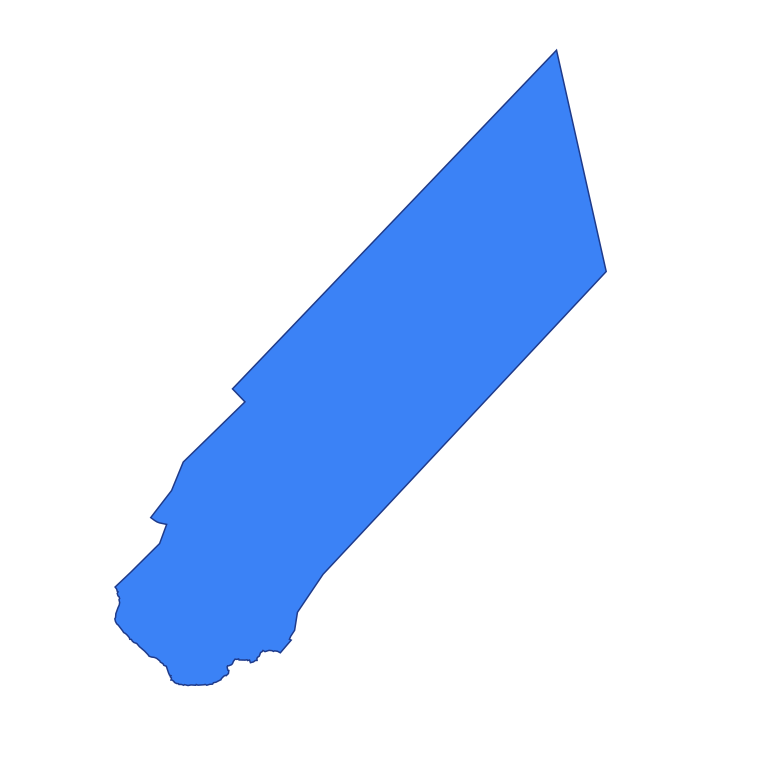 the district of Satuipaitea, Satupa'itea, Samoa, rotated 43°
{"feature_id": "51752279B75424084440116", "entity_name": "Satuipaitea", "entity_type": "district", "adm_level": 2, "iso_a3": "WSM", "parent_name": "Samoa", "parent_adm1": "Satupa'itea", "projection": "mercator", "projection_center": [-172.336, -13.708], "detail": "fine", "context": "isolated", "style": "filled", "palette": "blue", "viewbox_px": 768, "rotation_deg": 43, "n_neighbors": 0, "source": "geoboundaries", "source_scale": "gbopen_adm2", "svg_char_len": 1739}
<svg xmlns="http://www.w3.org/2000/svg" viewBox="0 0 768 768"><g transform="rotate(43 384 384)"><path d="M282.5,22.2L276.5,490.9L294.5,491.9L290.4,578.0L301.3,606.8L304.5,640.8L309.0,640.3L312.0,639.7L314.5,638.7L320.8,634.9L328.7,653.7L327.1,695.1L325.8,715.9L328.3,716.3L330.4,717.6L331.3,717.4L331.7,719.1L334.0,720.4L335.3,720.3L337.0,721.2L337.3,722.5L339.7,724.1L341.1,726.2L342.1,729.2L344.5,734.8L346.9,737.8L347.3,739.3L349.5,740.8L352.1,741.7L354.1,741.6L361.2,742.8L363.1,743.3L365.1,742.8L367.5,742.8L370.7,743.2L372.2,744.1L373.5,743.1L375.3,743.7L377.4,743.6L380.1,742.4L384.3,742.9L391.0,742.6L395.9,742.9L397.8,743.3L400.1,742.3L402.5,740.6L404.8,739.7L408.9,739.4L410.0,739.9L413.1,739.3L414.8,739.9L417.3,738.9L423.4,742.2L425.7,743.2L427.1,742.6L427.3,743.9L429.0,743.9L430.1,745.8L431.0,745.0L433.5,744.8L434.2,745.2L436.6,744.5L438.1,743.3L438.9,743.6L440.7,741.9L443.0,740.9L443.1,739.9L446.3,738.2L448.1,735.7L451.8,732.7L451.6,731.8L453.3,731.2L457.7,726.5L458.0,725.7L459.8,725.2L461.3,722.6L463.3,720.4L463.0,718.8L464.5,716.7L465.7,713.3L466.5,711.4L466.0,710.6L466.1,707.0L466.6,705.4L467.5,705.0L467.7,701.9L465.9,699.3L464.9,699.8L462.2,697.9L461.8,696.8L462.5,696.2L463.9,693.3L463.9,691.9L463.0,689.4L462.7,686.8L464.2,685.8L465.2,684.2L466.2,684.7L469.3,681.9L470.7,680.7L471.9,679.1L472.8,679.3L473.9,677.6L476.4,678.9L478.1,676.2L478.4,674.1L479.7,672.7L478.3,671.5L477.9,670.2L478.4,668.1L476.9,664.6L477.4,662.8L477.2,661.4L479.5,660.9L481.6,657.2L484.1,655.3L485.5,655.0L486.0,653.8L488.4,652.1L491.5,651.3L491.1,642.3L490.8,634.6L488.9,635.2L487.8,632.1L486.6,625.1L476.4,610.0L469.2,564.8L469.8,150.2L402.6,104.3L373.8,84.6L282.5,22.2Z" fill="#3b82f6" stroke="#1e3a8a" stroke-width="1.5"/></g></svg>